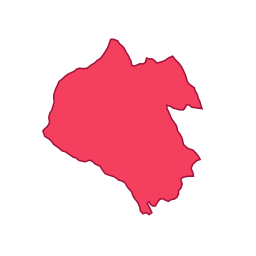 outline of Guzolândia, São Paulo, Brazil, rotated 152°
{"feature_id": "56859067B96144512479549", "entity_name": "Guzolândia", "entity_type": "district", "adm_level": 2, "iso_a3": "BRA", "parent_name": "Brazil", "parent_adm1": "São Paulo", "projection": "mercator", "projection_center": [-50.72, -20.622], "detail": "fine", "context": "isolated", "style": "filled", "palette": "rose", "viewbox_px": 256, "rotation_deg": 152, "n_neighbors": 0, "source": "geoboundaries", "source_scale": "gbopen_adm2", "svg_char_len": 2123}
<svg xmlns="http://www.w3.org/2000/svg" viewBox="0 0 256 256"><g transform="rotate(152 128 128)"><path d="M155.0,45.2L151.7,44.8L150.1,41.6L146.6,42.1L146.4,46.7L146.2,49.5L146.6,52.4L144.1,52.8L143.9,50.2L142.9,47.6L140.4,46.3L136.8,48.5L133.3,50.2L130.3,49.1L128.8,46.6L126.8,44.3L123.2,44.5L120.5,43.5L117.5,43.8L114.5,45.8L112.9,48.8L109.6,50.0L106.4,53.1L105.5,58.2L102.9,58.6L99.4,57.8L96.1,56.4L92.8,54.7L91.8,57.5L91.2,62.8L87.9,65.5L85.1,66.3L82.5,66.9L79.1,66.3L79.1,70.6L79.9,74.5L81.3,78.4L84.2,81.2L85.6,84.0L86.7,87.2L86.0,90.3L85.1,93.1L84.9,97.5L85.6,102.1L84.7,104.6L84.2,107.8L84.7,112.0L85.2,116.2L84.7,120.6L84.5,123.6L84.5,126.8L83.1,129.8L80.6,127.6L78.6,124.1L76.6,122.5L74.2,120.0L70.5,118.0L67.7,119.2L65.7,120.9L63.3,119.8L61.9,116.4L53.5,110.3L52.9,114.2L52.1,118.3L52.0,121.4L51.2,124.3L51.2,129.2L50.6,132.5L51.8,134.8L53.3,138.0L53.9,141.5L53.0,144.8L52.4,148.9L52.1,153.2L52.0,157.2L52.8,162.0L54.2,166.5L54.9,170.5L59.5,170.9L63.1,170.3L66.1,170.5L68.8,171.1L72.1,171.8L72.8,175.0L74.5,177.9L77.1,179.2L78.8,181.1L81.9,177.8L84.7,177.6L87.4,179.2L92.8,179.6L95.2,181.1L93.9,186.2L94.0,188.8L93.7,191.8L94.1,196.0L93.9,199.9L94.5,202.8L96.0,206.5L96.2,209.7L98.9,213.0L101.6,214.4L104.6,211.7L107.0,209.4L109.9,207.5L113.0,205.7L116.6,203.7L119.7,202.4L123.8,202.1L127.1,201.0L130.3,201.0L133.8,200.4L136.3,200.0L140.1,201.7L142.8,203.6L145.7,204.1L148.8,203.3L152.7,203.6L156.3,203.7L159.6,203.1L163.1,202.1L167.2,201.4L170.2,198.8L172.3,197.4L174.8,195.3L177.8,192.3L179.5,189.4L180.7,185.9L184.7,181.8L187.2,179.3L189.5,178.2L191.3,176.5L193.1,174.3L194.2,170.7L196.0,168.6L199.1,167.0L202.2,166.4L204.5,165.4L205.4,159.7L203.0,155.7L201.8,152.1L201.2,148.2L199.5,144.9L198.0,141.8L197.0,138.8L194.3,136.2L191.9,131.6L190.2,128.2L188.0,126.0L186.6,122.5L183.7,119.9L181.4,118.2L177.0,117.7L174.9,114.9L173.9,111.6L170.6,107.3L170.3,102.9L169.6,98.5L167.5,95.9L163.5,91.9L161.9,89.4L160.7,86.4L157.9,83.6L156.3,80.7L156.3,77.1L155.9,74.2L154.8,70.1L155.4,66.2L155.4,63.4L154.7,59.7L154.4,56.4L154.7,53.1L156.0,48.8L155.0,45.2Z" fill="#f43f5e" stroke="#9f1239" stroke-width="1.5"/></g></svg>